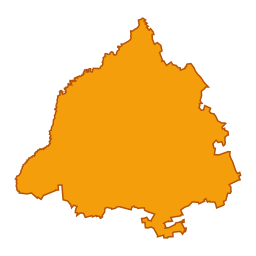 outline of Waterberg, Limpopo, South Africa
{"feature_id": "47623444B68910643198214", "entity_name": "Waterberg", "entity_type": "district", "adm_level": 2, "iso_a3": "ZAF", "parent_name": "South Africa", "parent_adm1": "Limpopo", "projection": "robinson", "projection_center": [27.237, -24.067], "detail": "fine", "context": "isolated", "style": "filled", "palette": "amber", "viewbox_px": 256, "rotation_deg": 0, "n_neighbors": 0, "source": "geoboundaries", "source_scale": "gbopen_adm2", "svg_char_len": 5694}
<svg xmlns="http://www.w3.org/2000/svg" viewBox="0 0 256 256"><path d="M157.5,236.8L163.6,235.2L163.9,237.8L167.7,237.9L168.1,236.8L173.0,236.7L172.8,232.9L173.7,232.1L179.9,231.5L180.6,231.7L182.6,234.2L184.7,230.2L185.1,231.7L185.6,231.3L185.4,230.8L185.9,230.2L186.2,228.1L184.4,228.4L181.5,222.9L184.1,222.2L184.0,219.6L182.9,220.0L183.0,220.9L180.0,221.8L180.0,222.1L175.5,223.0L175.2,224.5L169.1,227.5L164.2,228.3L166.0,227.6L164.6,224.0L163.7,223.3L168.5,221.0L168.7,221.6L172.4,221.2L170.8,217.5L180.8,215.8L181.0,214.9L182.9,214.8L181.7,212.4L180.7,210.0L184.7,207.2L188.9,205.6L192.3,201.9L198.2,202.3L198.9,203.8L204.7,201.1L204.0,200.0L205.8,198.6L207.5,202.1L209.6,201.2L209.9,202.0L214.6,202.0L215.8,204.5L216.6,208.0L223.5,205.2L224.2,204.4L223.6,201.4L225.8,200.5L227.7,193.3L230.3,193.2L231.2,191.4L230.8,190.3L230.9,187.1L229.1,184.6L238.3,180.2L240.1,179.8L238.7,176.2L240.6,175.4L239.7,172.4L237.4,173.6L235.7,170.8L232.5,161.5L231.0,158.7L229.7,155.0L230.1,151.7L227.9,151.7L219.0,154.9L214.4,154.6L215.3,148.4L213.9,148.2L213.0,143.8L216.1,140.2L218.1,142.5L221.7,141.7L223.3,145.8L224.8,144.6L225.3,142.4L224.9,139.9L225.0,137.1L227.8,134.8L228.3,134.9L228.0,131.7L226.5,130.8L224.8,130.3L224.6,128.3L222.8,129.1L222.1,127.8L222.2,127.1L225.7,123.4L224.5,123.0L221.8,123.0L217.7,120.8L216.2,117.2L214.1,113.9L211.1,113.3L209.3,111.5L210.6,108.3L204.8,105.6L203.6,109.8L201.4,110.3L198.9,107.6L199.3,107.3L199.8,105.3L199.3,103.8L202.0,103.3L200.0,100.9L201.6,95.7L201.3,91.2L204.7,88.6L205.6,87.0L208.4,87.0L204.0,82.3L200.6,77.2L197.8,74.4L195.4,71.1L194.0,67.8L190.9,63.6L187.1,64.1L186.3,65.5L186.5,66.3L185.0,67.3L185.1,68.4L180.3,70.1L180.1,67.8L178.0,67.6L176.1,65.4L172.9,64.8L171.1,62.0L166.5,65.4L163.8,60.9L161.8,61.3L162.2,59.5L159.5,52.5L162.0,50.8L160.8,45.4L157.4,42.6L154.4,44.2L152.3,39.0L152.1,34.8L153.9,34.5L153.1,31.8L150.5,28.6L149.2,30.2L146.6,27.3L148.2,26.4L145.3,24.0L147.0,23.2L144.0,21.1L145.6,20.0L142.7,18.1L140.5,19.6L138.5,20.0L138.4,20.9L139.0,22.5L138.8,23.4L139.3,24.6L138.2,27.0L136.4,28.6L134.9,29.2L132.5,31.1L131.5,31.2L130.9,30.8L130.6,31.3L131.1,34.1L130.7,35.9L131.1,37.8L130.6,39.2L129.4,40.6L123.9,43.8L122.8,44.2L121.3,44.0L121.3,44.7L121.8,45.6L120.8,46.5L118.9,47.2L118.7,46.2L117.8,46.4L117.7,47.1L119.0,48.4L119.2,49.6L117.2,51.3L116.6,52.7L116.7,53.8L115.9,54.8L114.7,55.0L114.5,54.7L113.8,54.7L113.0,52.5L111.9,51.8L110.6,52.2L109.7,54.0L108.9,54.4L108.1,54.4L106.8,53.7L105.2,53.7L104.9,55.2L105.3,56.3L104.5,57.1L103.7,57.2L103.1,57.9L103.4,59.2L103.2,60.4L102.2,62.2L103.0,63.2L102.7,64.5L102.4,65.2L100.5,66.7L100.4,67.5L99.8,68.4L98.0,68.6L97.3,68.3L97.1,68.5L93.3,68.3L92.2,71.8L91.7,72.0L90.8,71.8L90.2,70.8L90.9,69.6L90.6,68.7L89.2,68.8L88.4,69.6L88.0,70.5L88.6,71.4L88.1,72.0L86.2,71.9L86.8,70.6L86.8,69.6L84.8,69.9L84.4,70.2L84.4,71.2L83.5,72.4L83.8,73.7L83.3,73.8L83.5,74.1L83.0,74.3L82.8,75.1L81.6,75.1L81.4,75.8L80.1,76.5L79.4,76.0L77.7,77.1L77.5,78.0L76.8,77.9L77.0,77.1L74.4,78.2L74.5,79.7L75.7,80.3L75.8,80.7L75.1,80.9L75.1,81.4L74.1,81.3L72.9,80.3L72.4,80.6L72.3,81.6L72.0,81.6L71.1,80.5L70.1,80.5L70.0,80.9L70.4,80.9L70.1,81.3L70.1,82.2L70.5,83.1L71.1,82.9L71.6,84.5L71.3,84.3L70.9,84.9L69.7,84.9L69.8,84.5L68.8,83.8L68.5,84.6L68.1,84.3L68.1,86.3L67.4,87.4L66.1,87.1L65.9,87.8L66.3,87.9L65.9,88.3L65.5,88.4L65.4,88.0L64.4,88.3L64.7,89.4L65.1,89.4L66.0,90.9L66.0,92.0L65.5,91.9L65.8,92.5L65.2,93.3L62.8,94.4L62.3,93.8L62.7,92.1L62.0,92.4L61.5,92.0L61.9,91.0L60.8,90.5L60.1,91.0L59.9,91.7L59.6,91.8L60.1,92.8L59.8,93.9L60.1,94.9L57.7,96.1L58.0,97.1L57.7,97.3L57.7,98.4L57.0,100.0L57.3,100.7L57.2,102.7L56.3,104.1L56.4,105.1L56.1,105.9L56.1,106.7L56.8,107.4L56.2,108.3L55.4,108.5L54.8,109.1L54.9,109.6L56.2,110.1L56.6,111.1L55.6,112.2L55.6,113.7L54.5,115.4L54.8,118.3L53.5,119.7L53.1,124.6L51.6,127.0L51.2,130.2L49.6,130.9L49.4,131.5L50.0,133.0L49.5,134.3L50.5,135.0L50.8,136.2L50.6,137.0L49.8,137.2L49.7,137.8L50.0,138.8L51.1,138.8L50.2,141.0L49.6,141.1L49.3,141.7L49.7,142.3L49.6,143.0L50.1,143.5L49.8,143.7L49.8,144.1L49.2,144.5L49.1,145.2L48.7,145.2L48.1,146.2L47.0,145.9L46.1,147.2L45.0,147.4L44.9,148.4L44.1,148.5L43.8,149.0L43.5,148.3L41.3,149.6L40.8,149.4L40.9,149.0L39.9,148.8L39.4,149.7L38.9,150.1L38.1,150.0L37.6,150.3L37.5,151.4L37.1,151.5L37.1,151.8L36.5,151.6L35.5,152.3L35.5,152.9L35.0,153.1L34.6,153.8L35.1,154.3L35.0,154.8L34.6,155.5L34.2,155.6L34.2,155.9L33.3,155.6L32.5,156.1L32.3,156.8L31.8,156.6L31.1,157.0L30.8,157.7L28.9,158.1L28.8,159.0L28.4,159.2L28.6,159.5L27.9,160.2L27.2,160.3L27.4,160.5L26.8,161.9L26.3,161.7L25.8,162.9L25.2,163.0L25.0,163.7L23.1,164.9L23.1,166.2L22.4,166.7L22.3,167.9L20.9,170.9L21.0,171.8L20.2,173.6L18.7,175.6L16.8,176.2L16.4,177.6L15.4,179.0L16.9,179.8L16.4,180.9L16.4,182.7L16.8,183.1L16.2,186.0L16.9,188.1L17.0,189.1L16.8,189.6L18.2,191.4L19.3,191.3L19.2,193.0L27.3,193.9L31.5,193.0L37.3,198.1L37.8,197.2L41.2,199.4L43.4,195.5L55.7,190.5L55.6,190.1L58.5,190.0L58.1,185.2L61.9,185.0L63.1,199.8L67.6,200.9L70.8,205.0L71.6,207.8L73.8,205.2L77.0,206.5L75.7,209.3L75.3,212.6L77.4,212.8L76.8,215.6L80.4,212.9L83.6,213.4L85.3,217.4L91.9,215.7L92.4,216.9L96.2,215.5L96.6,216.5L97.4,216.1L99.2,216.3L99.2,216.6L100.1,217.0L100.0,217.9L100.8,218.2L102.5,216.9L102.1,216.4L102.7,214.9L104.6,212.2L104.9,208.3L107.2,207.4L111.5,208.4L111.7,209.2L115.5,208.2L117.1,206.9L119.3,206.7L131.2,209.8L131.8,207.1L133.3,206.7L133.9,206.0L135.0,207.4L136.5,207.4L138.0,208.4L141.2,207.9L144.2,207.9L144.6,210.1L147.1,211.5L154.7,214.1L151.5,219.6L151.3,220.9L148.2,220.2L148.3,219.6L146.7,217.3L144.0,218.3L141.5,218.5L142.3,222.7L144.9,222.4L145.4,227.7L147.9,228.0L151.0,227.0L153.7,228.3L157.5,235.3L157.5,236.8Z" fill="#f59e0b" stroke="#b45309" stroke-width="1.5"/></svg>